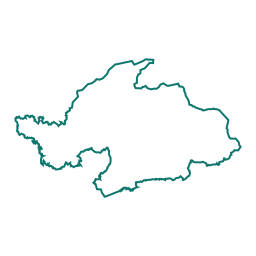 outline of Lysos, Paphos, Cyprus
{"feature_id": "46923920B8516540117412", "entity_name": "Lysos", "entity_type": "district", "adm_level": 2, "iso_a3": "CYP", "parent_name": "Cyprus", "parent_adm1": "Paphos", "projection": "robinson", "projection_center": [32.556, 35.018], "detail": "fine", "context": "isolated", "style": "outline", "palette": "teal", "viewbox_px": 256, "rotation_deg": 0, "n_neighbors": 0, "source": "geoboundaries", "source_scale": "gbopen_adm2", "svg_char_len": 5805}
<svg xmlns="http://www.w3.org/2000/svg" viewBox="0 0 256 256"><path d="M178.2,83.7L168.5,85.8L166.8,85.6L163.5,83.4L160.5,84.5L158.9,87.0L156.5,88.8L154.3,88.6L151.0,89.3L147.5,88.2L145.7,85.9L143.6,87.0L142.6,86.9L141.3,88.4L135.6,88.1L134.6,86.2L134.3,84.2L136.9,82.8L136.9,77.7L138.3,74.5L138.7,74.6L140.4,73.2L140.5,70.0L144.8,68.3L149.7,62.8L153.1,63.1L153.3,59.9L149.8,59.5L148.4,59.8L147.2,59.3L145.3,59.5L142.7,61.2L134.3,64.7L131.9,61.0L116.5,64.3L115.4,64.3L108.8,70.1L107.1,74.0L102.8,78.3L99.5,79.7L96.7,79.1L95.5,80.1L95.6,80.5L91.9,83.2L87.9,84.2L82.2,90.0L77.7,90.8L77.0,92.3L78.0,96.7L72.7,102.4L72.0,107.6L69.6,108.3L70.0,110.2L68.7,111.3L67.5,111.6L67.5,112.1L66.1,112.9L66.3,113.2L66.0,113.8L66.4,114.9L65.9,115.4L66.6,115.8L66.3,117.0L66.6,117.2L66.7,118.3L66.4,119.5L64.8,120.9L65.1,122.2L64.8,124.2L63.8,124.4L61.9,122.4L60.8,122.1L61.6,123.1L61.3,123.5L60.7,124.3L58.8,125.3L58.5,125.9L57.5,124.5L53.8,122.0L53.1,122.7L51.9,122.8L51.4,124.2L50.8,124.6L50.2,124.3L48.9,124.6L48.9,123.7L48.3,123.8L47.7,122.8L47.7,122.0L46.9,121.7L45.8,121.9L45.6,122.4L43.3,123.3L42.5,122.3L42.4,121.3L41.7,120.8L43.4,118.3L42.8,117.9L42.7,117.3L42.0,117.9L40.6,116.9L39.9,117.0L39.7,117.8L38.7,117.7L39.0,120.3L39.5,120.7L38.2,123.5L35.8,121.3L34.5,120.9L34.5,119.4L34.9,119.2L34.2,118.5L34.2,117.0L33.4,117.1L32.4,116.3L33.2,115.5L31.2,116.3L30.8,116.0L30.4,117.0L29.7,117.3L27.8,115.5L26.2,115.6L25.2,116.3L25.7,118.0L24.9,117.6L22.8,118.9L21.5,118.3L20.6,118.6L19.0,116.7L18.5,117.6L16.7,117.0L16.2,117.5L16.4,118.3L15.4,118.7L15.7,121.1L17.0,122.0L17.8,124.7L17.9,125.6L17.4,125.5L17.3,125.9L17.3,127.5L17.7,128.1L17.2,129.3L17.1,131.0L17.8,131.3L17.6,131.7L18.6,132.5L19.0,134.3L19.5,134.9L21.6,133.7L24.2,135.0L24.5,135.3L24.2,136.0L25.0,137.6L25.9,137.6L26.5,138.1L27.5,137.4L27.9,138.3L29.5,137.7L31.0,138.2L31.4,137.7L33.8,138.6L33.6,138.9L34.1,139.7L34.0,140.2L32.4,141.1L33.7,143.1L34.7,141.5L36.7,141.3L36.5,142.0L35.0,143.3L35.3,143.6L36.4,142.2L37.3,142.6L37.6,143.6L38.8,144.1L39.0,144.7L38.5,147.8L39.3,148.1L40.0,146.7L40.9,147.2L41.0,148.0L41.2,147.9L41.7,148.8L41.2,148.9L40.9,148.3L39.9,148.1L40.2,149.6L39.8,150.0L39.3,149.6L39.0,149.8L39.8,152.0L39.4,152.3L39.4,153.0L40.6,154.0L41.3,153.7L41.8,153.9L42.2,154.6L41.5,155.2L42.0,155.8L43.3,156.0L41.5,156.9L41.6,157.9L41.0,158.9L41.0,160.6L41.3,160.7L41.0,162.8L41.4,163.7L42.8,164.9L42.6,163.4L43.2,163.2L43.5,162.0L43.8,162.2L43.9,161.1L44.8,162.3L44.7,163.4L46.4,164.9L46.7,165.0L47.6,164.0L47.8,164.5L48.2,164.2L48.0,164.7L48.6,165.7L49.0,166.0L49.2,165.4L49.8,166.2L50.4,165.8L51.5,166.0L52.4,167.4L53.1,167.3L53.2,168.4L54.8,168.3L55.9,169.5L61.0,168.8L61.2,168.6L60.6,168.2L62.1,167.0L64.1,166.6L65.8,162.6L66.7,163.4L66.9,163.1L67.9,164.7L70.2,162.9L70.2,163.7L71.0,165.3L70.8,166.2L72.4,166.2L73.7,167.2L75.9,165.9L77.6,166.0L77.8,164.7L79.6,165.5L80.1,164.9L80.5,165.1L78.8,162.4L79.8,161.4L79.5,160.8L81.2,161.1L81.3,160.8L80.5,159.9L80.7,158.7L79.5,157.0L78.7,156.6L77.7,156.3L76.7,156.7L78.3,155.5L80.5,153.0L80.9,152.0L81.7,151.6L83.4,151.7L84.7,150.3L85.3,150.5L86.4,149.6L87.8,149.4L87.8,149.9L88.7,150.0L89.3,149.1L89.9,149.1L89.9,148.7L90.5,148.5L90.6,148.8L91.6,148.1L92.0,149.5L94.4,151.6L96.4,152.4L98.6,152.3L100.4,152.8L101.3,152.2L101.8,150.6L103.1,150.4L103.7,149.6L103.9,150.1L104.8,150.2L106.7,147.7L107.6,147.7L108.3,150.0L109.0,150.6L109.1,154.9L110.3,157.1L110.7,159.0L110.5,159.8L110.6,161.9L110.0,164.2L109.2,164.4L108.3,166.4L107.4,167.2L107.6,168.0L105.8,171.1L105.3,171.5L104.6,171.3L103.3,173.1L102.5,173.5L101.2,172.8L100.7,173.1L100.6,174.0L99.8,174.8L100.1,175.5L99.5,175.4L99.0,176.1L99.2,176.9L100.2,177.3L99.9,178.7L100.2,179.4L99.1,179.0L96.6,179.5L95.8,179.0L95.2,179.8L95.0,181.2L93.4,182.6L94.1,183.4L95.2,183.6L95.2,184.2L95.6,184.3L97.0,189.2L101.0,189.5L101.9,192.7L103.8,195.2L104.0,196.0L105.0,196.3L105.1,196.7L119.6,191.0L119.9,191.2L120.2,190.4L121.5,190.8L122.0,190.0L121.7,189.4L122.3,189.3L122.6,188.7L123.3,188.9L123.2,188.2L123.6,187.8L125.9,187.7L126.3,189.3L127.3,188.9L127.6,188.4L128.6,189.0L128.9,188.3L130.2,189.3L130.1,190.3L130.4,190.7L131.2,190.0L131.4,190.6L132.6,190.6L133.0,190.0L132.8,188.9L134.5,188.6L135.0,188.0L137.0,187.3L136.5,187.2L136.8,186.6L136.1,185.6L135.9,184.2L136.2,183.5L135.8,182.6L136.2,182.1L139.5,182.1L140.5,181.3L141.9,182.0L143.7,180.3L145.4,180.5L145.6,179.9L146.8,180.3L148.0,179.8L150.8,179.8L152.1,179.2L154.8,179.5L155.5,179.0L156.0,179.5L156.6,178.9L158.0,179.4L159.1,179.0L159.5,179.5L160.2,178.8L161.6,179.4L162.0,179.0L163.1,179.1L165.2,180.1L165.6,179.4L165.4,178.8L165.8,178.6L167.3,178.8L169.6,178.3L171.7,179.1L172.3,179.9L173.0,180.2L174.6,179.5L176.0,178.1L178.9,177.7L180.5,176.2L183.0,178.5L182.8,179.9L183.1,180.1L184.9,179.3L188.1,176.3L189.3,175.7L190.0,173.3L189.4,171.8L189.7,171.1L189.0,170.6L187.9,168.1L189.0,165.8L189.9,162.9L190.9,162.6L190.7,160.8L191.0,160.3L191.8,160.3L192.8,160.9L193.3,161.9L195.2,162.3L201.6,162.3L202.9,161.8L205.9,163.2L206.7,164.2L206.5,164.9L206.9,165.8L207.8,165.6L208.8,164.8L210.0,165.3L213.5,164.4L215.5,164.5L216.2,164.2L216.8,163.3L217.7,164.8L218.8,164.7L219.4,164.1L218.9,163.3L219.4,162.0L223.0,161.3L223.1,160.8L224.0,160.1L223.7,159.4L224.0,158.4L224.6,158.4L225.3,159.6L227.0,159.4L229.2,158.3L230.6,155.1L231.4,154.8L231.0,152.8L232.4,152.3L234.2,150.8L234.4,150.2L238.1,150.4L238.5,149.9L240.6,146.8L239.4,145.4L238.7,142.2L235.7,138.6L230.6,138.6L229.2,137.3L227.4,131.7L227.7,129.7L226.6,128.4L228.4,120.1L219.3,110.2L217.1,109.3L213.8,109.0L213.6,108.6L211.3,109.2L208.3,109.1L204.9,110.2L202.7,110.4L201.8,109.4L200.6,109.3L195.7,107.6L194.0,106.4L192.7,106.4L191.7,105.1L189.4,104.7L188.5,100.3L185.6,95.5L185.5,93.9L184.1,90.7L184.3,89.6L183.3,87.5L182.0,86.7L179.3,86.4L179.1,85.3L178.3,84.6L178.2,83.7Z" fill="none" stroke="#0f766e" stroke-width="2"/></svg>